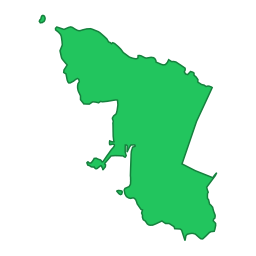 the district of Ngerkebesang, Palau
{"feature_id": "81905179B69060738119315", "entity_name": "Ngerkebesang", "entity_type": "district", "adm_level": 2, "iso_a3": "PLW", "parent_name": "Palau", "parent_adm1": "", "projection": "equal_earth", "projection_center": [134.445, 7.355], "detail": "fine", "context": "isolated", "style": "filled", "palette": "green", "viewbox_px": 256, "rotation_deg": 0, "n_neighbors": 0, "source": "geoboundaries", "source_scale": "gbopen_adm2", "svg_char_len": 5027}
<svg xmlns="http://www.w3.org/2000/svg" viewBox="0 0 256 256"><path d="M207.7,86.1L206.0,86.5L204.1,85.1L201.5,84.5L200.3,83.7L199.0,82.9L197.8,82.0L197.8,81.5L197.9,79.6L197.0,78.3L196.0,76.9L194.3,75.5L194.1,75.4L194.0,74.3L194.0,73.1L193.7,72.9L192.8,72.2L191.8,71.9L190.5,71.5L187.7,74.6L187.1,74.4L185.6,74.0L184.3,71.9L184.9,70.5L185.2,69.9L185.1,68.2L181.1,65.4L175.9,62.0L174.5,61.7L173.7,61.5L171.6,61.6L169.6,60.3L168.7,59.7L167.9,61.3L167.6,62.1L167.4,62.3L166.6,63.3L165.3,64.6L163.1,64.9L161.2,64.3L156.1,62.1L155.8,60.3L154.8,58.6L153.6,57.7L151.1,57.3L146.4,58.1L145.0,57.8L141.8,56.2L141.0,55.8L139.5,55.5L139.0,55.5L138.1,55.6L138.0,57.9L136.8,58.7L135.6,58.8L132.9,58.3L129.4,57.1L123.2,52.5L121.7,50.4L120.6,49.0L120.3,48.7L118.2,46.6L117.4,45.9L114.6,43.5L112.7,42.7L112.6,42.8L111.4,43.7L110.2,42.6L109.0,42.1L108.6,42.0L106.8,38.9L104.5,36.7L102.8,35.2L99.9,32.7L98.4,31.7L92.5,29.3L90.6,28.7L86.8,28.9L82.9,29.8L80.0,30.7L78.6,30.7L77.3,30.3L77.0,30.2L74.7,28.9L72.4,27.4L71.4,27.1L70.7,26.9L68.7,27.4L64.0,29.4L56.8,27.0L56.3,27.5L55.5,28.3L55.6,29.9L55.9,30.1L58.5,32.2L60.5,34.4L61.3,36.4L62.0,41.2L62.3,45.0L61.2,47.7L61.0,48.4L60.8,48.7L60.0,50.8L61.2,56.3L61.6,57.9L62.4,59.3L65.7,63.3L67.2,64.9L65.0,68.4L64.0,69.9L63.7,72.5L66.0,73.9L66.5,76.6L67.2,80.1L67.4,80.5L67.9,81.9L68.7,82.9L70.2,82.9L73.6,81.1L74.8,80.1L76.5,78.9L77.6,78.5L78.8,79.4L79.1,80.7L79.3,81.7L78.7,82.6L78.0,83.7L77.7,85.4L77.6,85.8L77.6,86.3L77.6,88.0L77.9,89.5L78.0,90.1L78.5,91.6L79.6,93.9L80.5,95.8L80.5,99.7L83.7,103.7L83.8,103.9L84.7,103.9L85.8,104.0L89.3,104.1L92.7,101.8L95.7,102.1L98.6,102.8L100.5,101.4L102.5,101.8L106.4,101.4L107.4,101.3L108.5,101.1L113.3,100.3L116.0,99.9L117.5,100.2L117.9,104.9L117.1,110.5L116.2,113.8L113.6,116.0L113.3,116.5L112.4,118.1L112.5,119.0L113.3,121.1L113.1,122.1L112.9,123.2L113.0,124.8L113.2,136.2L113.7,140.8L114.0,141.7L112.8,141.8L112.4,141.9L109.7,140.9L109.6,141.4L109.5,141.9L109.5,143.6L109.7,144.6L110.6,144.7L111.4,144.5L112.2,144.2L113.2,144.2L113.7,144.3L114.1,144.5L114.3,144.7L114.4,144.9L114.3,146.0L113.4,147.4L111.4,149.6L108.1,154.3L107.4,155.2L106.5,156.5L104.5,159.4L103.1,161.5L102.1,161.9L102.0,161.7L101.4,161.0L101.2,160.7L100.6,160.0L100.2,159.8L99.4,159.6L97.5,158.9L97.0,158.6L96.2,158.2L94.2,158.4L93.6,159.5L93.0,160.5L91.2,162.8L90.3,163.0L90.0,163.1L89.1,162.9L88.3,162.0L87.7,161.9L87.2,162.4L86.9,162.7L87.1,163.5L87.3,163.9L87.8,165.1L89.1,165.5L89.7,165.7L90.5,166.4L90.8,166.6L91.9,167.0L92.9,167.0L93.7,167.1L93.9,167.1L94.3,167.1L94.5,167.6L94.7,167.8L95.1,168.3L95.7,168.7L96.4,168.7L96.6,168.7L97.3,168.4L98.8,167.1L99.7,166.5L100.0,166.2L100.6,165.7L101.0,165.7L101.1,165.9L101.5,166.1L101.8,166.9L102.2,167.7L102.7,168.6L102.8,169.2L102.8,169.5L103.3,169.5L103.7,168.8L105.3,166.9L105.5,165.7L105.5,164.7L105.3,164.6L104.7,164.1L104.9,163.5L104.9,163.2L111.1,155.9L115.1,155.6L119.2,155.7L120.9,155.8L123.0,155.9L124.4,156.9L124.5,157.0L125.2,157.1L125.3,157.1L126.2,155.6L125.2,152.2L125.2,150.2L125.2,146.7L125.3,145.5L125.3,145.0L126.5,145.0L127.2,145.7L127.0,152.2L129.5,147.0L130.5,145.6L130.9,145.0L134.3,144.9L134.9,145.1L135.0,145.3L135.2,146.0L134.7,146.5L134.0,146.7L133.3,147.0L132.8,147.2L132.6,147.2L132.4,148.0L131.4,151.2L131.1,154.3L131.1,155.1L130.6,169.1L130.4,175.7L130.6,177.6L130.6,179.7L130.7,180.9L130.6,181.5L130.5,184.2L129.1,186.6L125.0,188.4L124.2,190.1L124.8,193.3L124.9,193.8L125.3,194.6L126.5,196.6L128.6,197.9L130.6,198.4L131.3,198.2L133.3,197.8L134.6,198.5L135.8,199.9L136.6,201.9L137.2,203.9L140.3,208.4L141.0,209.4L142.5,209.9L142.0,211.7L141.6,213.0L141.9,213.7L142.5,215.3L142.5,215.7L142.4,217.1L143.2,219.6L144.0,220.2L145.3,221.0L147.3,223.9L148.0,224.4L148.5,224.8L150.0,225.2L152.7,225.1L155.7,223.9L161.9,221.0L165.4,223.4L165.6,223.5L169.1,223.5L169.3,223.6L174.0,226.6L174.7,228.7L180.1,229.0L181.6,230.1L185.0,240.6L185.5,238.0L185.9,235.8L187.2,234.3L187.6,234.2L189.5,233.7L191.2,233.4L191.8,233.4L193.0,233.4L195.4,234.1L199.4,237.7L200.9,238.8L202.7,238.9L205.7,236.2L208.8,233.1L209.2,232.7L210.8,231.7L214.2,231.3L214.9,229.2L215.3,227.2L215.4,226.8L215.7,225.2L215.6,224.2L215.6,223.4L214.9,222.6L213.2,220.8L213.7,219.0L214.8,218.2L215.1,216.7L215.1,215.2L214.9,214.6L213.7,211.5L213.0,208.9L212.6,207.2L212.1,206.7L211.1,205.4L210.5,204.9L209.6,204.1L208.5,199.6L207.5,198.5L207.4,196.2L207.5,193.6L208.2,192.2L207.5,190.4L207.0,188.6L206.7,187.2L215.3,175.6L216.4,173.4L216.7,172.7L214.4,175.4L212.8,177.7L195.3,170.7L182.0,163.9L196.6,121.2L197.3,119.7L203.4,106.6L210.5,91.3L212.2,87.6L211.6,87.1L208.9,86.1L207.7,86.1ZM41.6,16.3L41.2,17.2L41.1,17.7L40.9,18.9L39.8,20.0L39.3,21.3L40.3,22.8L40.5,22.7L42.3,22.6L43.0,22.0L44.0,21.5L44.9,19.8L45.0,19.2L45.1,18.1L44.4,16.1L44.2,16.0L43.1,15.4L42.7,15.4L41.8,15.9L41.6,16.3ZM117.0,191.1L116.9,191.4L117.4,191.9L118.0,192.6L118.8,193.6L119.4,194.0L120.4,194.6L121.6,194.2L122.2,192.6L122.2,192.4L122.1,191.3L120.9,190.7L119.3,190.6L118.9,190.4L118.0,190.6L117.1,190.7L117.0,191.1Z" fill="#22c55e" stroke="#15803d" stroke-width="1.5"/></svg>